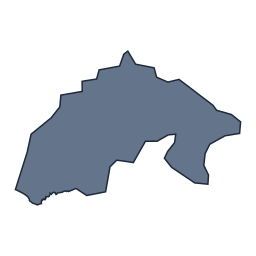 the district of Suzak, Jalal-Abad, Kyrgyzstan
{"feature_id": "92254566B63974139076370", "entity_name": "Suzak", "entity_type": "district", "adm_level": 2, "iso_a3": "KGZ", "parent_name": "Kyrgyzstan", "parent_adm1": "Jalal-Abad", "projection": "mercator", "projection_center": [73.12, 41.081], "detail": "fine", "context": "isolated", "style": "filled", "palette": "slate", "viewbox_px": 256, "rotation_deg": 0, "n_neighbors": 0, "source": "geoboundaries", "source_scale": "gbopen_adm2", "svg_char_len": 1803}
<svg xmlns="http://www.w3.org/2000/svg" viewBox="0 0 256 256"><path d="M239.6,133.4L240.6,121.9L231.4,114.5L216.6,110.3L213.1,105.4L179.0,79.4L167.9,82.1L156.6,77.2L154.1,67.8L135.6,64.2L127.8,51.1L123.8,54.2L119.6,66.1L99.1,69.9L96.6,79.0L82.1,81.3L82.2,91.4L60.9,95.1L59.8,106.9L51.1,117.9L31.1,134.2L27.2,152.2L15.4,189.6L15.7,189.7L17.3,190.4L22.7,193.1L25.4,194.8L27.8,196.8L29.3,199.0L29.5,200.7L31.7,202.4L32.7,203.2L35.0,203.9L37.5,204.9L39.3,204.1L40.8,203.7L41.4,203.6L41.2,203.1L41.2,202.9L41.4,202.6L41.3,201.8L41.5,201.5L41.4,201.0L41.5,200.7L41.9,200.5L42.0,200.2L42.2,200.3L42.3,200.3L42.3,199.9L42.5,199.7L42.8,199.3L43.0,199.2L43.7,199.0L43.8,199.5L44.2,199.4L44.4,199.2L44.4,199.4L44.5,199.4L44.6,199.6L45.1,199.6L45.1,198.8L45.3,198.8L45.3,198.7L45.5,198.7L45.6,198.4L45.8,198.4L45.8,198.2L46.0,197.7L45.9,196.9L46.1,197.0L46.2,196.9L46.4,196.8L46.6,196.7L46.8,196.6L47.0,196.7L47.3,196.7L47.9,196.7L48.1,196.7L48.6,196.7L49.0,196.4L49.1,196.2L49.3,195.9L49.4,195.7L49.5,195.7L49.9,194.6L50.0,194.0L50.1,193.3L51.3,194.2L51.4,193.9L51.5,193.7L51.8,193.7L52.5,193.1L52.6,192.9L52.8,192.8L53.0,192.6L53.4,192.5L53.7,192.4L53.9,192.3L54.2,192.4L54.4,192.4L54.6,192.3L54.9,192.5L55.0,192.6L55.2,192.8L55.3,192.8L55.4,193.0L55.4,193.3L55.3,193.5L55.5,193.8L55.9,194.0L56.1,194.2L56.1,194.4L56.5,194.3L57.0,193.7L57.3,193.4L57.6,193.0L57.8,192.9L58.0,192.9L62.1,192.3L63.5,191.5L64.5,191.2L65.5,190.9L66.7,191.5L67.2,191.3L67.6,191.0L68.6,191.5L75.9,188.5L77.6,189.5L86.7,195.5L105.6,191.8L110.0,166.8L116.7,160.2L124.6,161.2L133.3,162.6L145.4,141.3L157.1,141.2L168.2,134.9L175.7,134.2L174.6,142.6L167.6,151.5L164.4,158.3L171.7,167.4L194.7,182.9L207.9,184.2L208.5,175.0L203.8,165.3L205.1,153.7L209.7,144.3L225.0,135.8L239.6,133.4Z" fill="#64748b" stroke="#1e293b" stroke-width="1.5"/></svg>